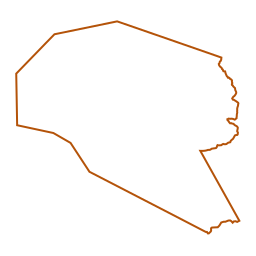 the district of Daulo District, Eastern Highlands, Papua New Guinea, rotated 89°
{"feature_id": "67681753B69835988220980", "entity_name": "Daulo District", "entity_type": "district", "adm_level": 2, "iso_a3": "PNG", "parent_name": "Papua New Guinea", "parent_adm1": "Eastern Highlands", "projection": "albers", "projection_center": [145.254, -5.99], "detail": "fine", "context": "isolated", "style": "outline", "palette": "amber", "viewbox_px": 256, "rotation_deg": 89, "n_neighbors": 0, "source": "geoboundaries", "source_scale": "gbopen_adm2", "svg_char_len": 1970}
<svg xmlns="http://www.w3.org/2000/svg" viewBox="0 0 256 256"><g transform="rotate(89 128 128)"><path d="M123.3,238.8L131.7,202.7L141.9,185.7L171.1,167.3L222.1,72.7L233.3,52.0L233.3,50.9L234.8,50.0L234.8,49.1L233.0,47.1L232.2,46.7L229.7,46.7L229.0,45.8L228.8,40.0L227.1,38.3L224.1,36.4L223.4,34.0L223.4,32.2L222.3,29.3L222.2,27.5L222.9,26.4L224.5,25.0L223.3,23.9L223.1,22.1L223.8,20.5L222.7,18.3L152.1,56.1L152.2,53.8L152.1,52.2L152.0,51.0L151.6,49.3L151.3,48.5L151.3,46.6L150.9,45.7L150.2,44.8L149.9,42.8L149.8,41.8L149.6,40.4L148.9,39.7L147.4,39.2L146.7,38.8L146.9,38.3L146.9,36.2L146.8,35.0L145.9,33.8L145.6,33.0L145.9,32.2L145.9,30.6L145.7,29.8L145.0,28.9L144.4,28.0L144.1,26.4L144.0,26.0L143.5,25.8L142.6,25.5L141.3,24.0L140.6,23.1L139.7,22.6L137.3,21.2L137.0,20.4L136.8,18.8L136.1,18.4L134.4,18.2L133.2,18.9L132.5,18.8L130.9,18.4L129.6,18.2L128.5,18.8L127.9,19.6L127.2,20.9L126.8,21.4L126.2,22.0L125.7,22.4L125.5,23.2L125.4,23.9L125.0,24.5L125.1,25.8L124.3,26.5L123.6,27.0L122.8,27.4L121.8,28.4L121.0,28.5L120.9,28.1L120.4,27.4L120.5,26.7L120.5,25.9L120.6,25.4L120.5,24.4L120.7,23.0L121.3,21.5L121.5,21.1L121.0,20.3L120.4,19.8L120.1,19.3L119.6,19.3L118.5,19.1L117.1,19.0L116.0,18.9L114.6,18.5L113.5,18.6L112.4,18.5L110.6,18.5L109.2,18.2L108.7,18.0L107.6,17.6L106.4,17.5L105.6,17.2L104.7,17.4L104.0,18.3L103.3,19.2L102.5,20.4L101.6,21.8L101.5,22.6L100.3,23.3L99.5,22.8L98.4,22.0L98.0,21.2L96.9,20.3L96.0,19.7L94.9,19.2L94.0,19.2L93.0,19.6L91.9,20.1L90.0,20.3L88.2,22.1L87.3,22.5L86.9,23.2L86.4,23.4L85.7,23.3L84.9,22.9L84.1,23.2L83.2,23.3L82.2,23.2L81.2,24.0L80.7,25.1L79.7,25.7L79.4,26.3L79.6,27.0L79.2,27.4L78.5,27.5L77.9,28.3L77.0,28.7L75.0,29.5L74.0,29.7L73.1,29.9L73.0,31.0L72.9,31.6L72.3,31.9L71.2,32.2L70.8,32.9L69.8,33.2L69.1,33.8L68.3,34.8L67.3,35.5L66.6,35.9L65.5,36.1L64.8,35.4L63.2,35.0L62.5,34.1L61.2,33.6L59.2,33.4L35.5,97.9L34.6,100.4L21.2,137.0L33.0,199.9L41.6,208.6L71.7,238.8L123.3,238.8Z" fill="none" stroke="#b45309" stroke-width="2"/></g></svg>